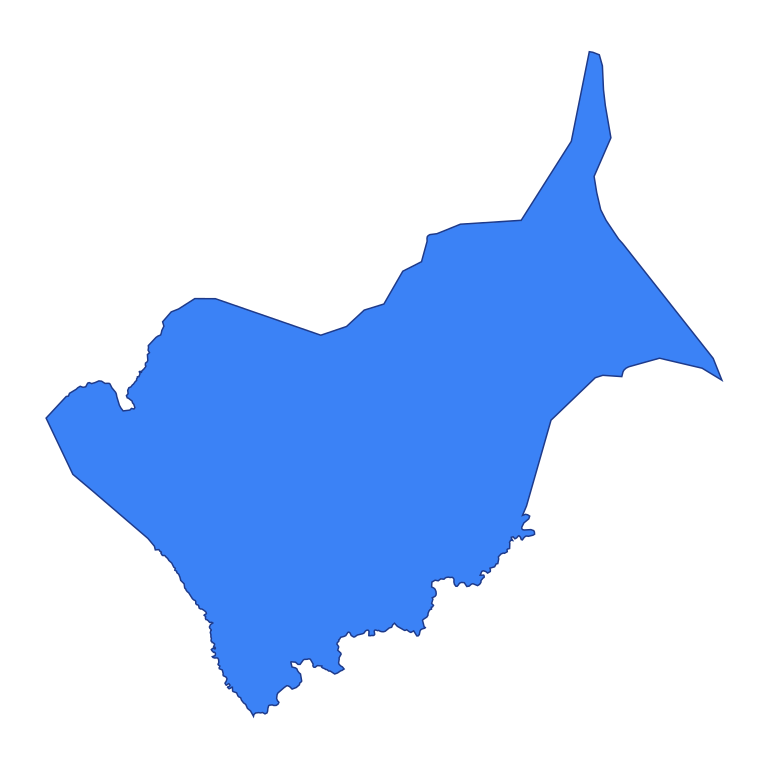 Santo Domingo Teojomulco, Oaxaca, Mexico (Mercator projection)
{"feature_id": "50627088B59545948667836", "entity_name": "Santo Domingo Teojomulco", "entity_type": "district", "adm_level": 2, "iso_a3": "MEX", "parent_name": "Mexico", "parent_adm1": "Oaxaca", "projection": "mercator", "projection_center": [-97.3, 16.59], "detail": "fine", "context": "isolated", "style": "filled", "palette": "blue", "viewbox_px": 768, "rotation_deg": 0, "n_neighbors": 0, "source": "geoboundaries", "source_scale": "gbopen_adm2", "svg_char_len": 6111}
<svg xmlns="http://www.w3.org/2000/svg" viewBox="0 0 768 768"><path d="M253.5,716.3L253.9,714.5L255.6,713.0L258.6,712.6L260.6,712.9L262.6,712.5L265.0,713.9L267.0,712.9L267.6,711.2L267.9,708.3L268.7,705.6L269.5,705.2L272.2,704.9L273.9,705.5L276.2,705.4L278.0,704.2L278.9,702.4L278.4,701.5L277.6,701.0L276.6,698.5L277.1,694.6L277.9,693.0L284.0,687.7L286.8,685.7L287.8,685.8L289.6,686.6L292.1,689.1L296.3,687.5L299.4,684.8L299.7,683.1L300.8,682.3L301.7,681.1L300.5,674.0L298.9,672.6L297.5,670.6L296.9,668.9L295.5,667.9L292.0,667.0L290.9,662.4L291.1,661.8L295.5,662.2L298.0,664.4L300.1,664.4L303.3,660.0L304.3,659.4L307.1,659.3L309.0,658.8L310.4,659.3L313.1,664.0L312.9,665.6L313.2,666.6L313.8,667.2L315.1,667.3L317.4,665.6L321.9,666.0L321.6,667.1L322.6,667.9L324.9,668.8L325.4,669.4L327.1,669.7L328.6,671.0L330.3,671.1L334.7,674.0L337.5,673.0L341.0,670.6L341.7,670.6L344.1,669.0L342.4,666.9L341.1,666.2L339.2,664.5L338.6,662.9L339.2,659.2L339.1,657.8L341.1,654.2L340.8,653.1L337.7,650.2L338.6,647.4L338.6,646.5L336.9,644.1L337.2,642.9L339.0,640.9L338.7,640.0L339.8,638.9L340.7,637.3L344.1,636.4L345.8,635.6L347.9,632.4L348.9,632.1L349.5,632.5L350.2,633.2L351.2,635.5L353.6,637.0L354.7,636.9L357.4,635.0L362.8,633.7L364.2,632.9L365.1,631.4L366.3,630.4L367.3,630.1L368.3,630.3L369.0,631.3L368.8,635.6L370.1,635.8L371.2,635.5L373.5,635.5L374.3,635.0L374.7,634.3L374.2,631.2L374.6,630.3L375.6,630.0L377.7,630.7L378.8,630.4L380.2,631.3L381.9,631.7L383.8,631.7L385.3,631.2L389.3,627.9L391.6,627.3L392.8,624.7L394.5,623.2L397.3,626.3L404.5,630.4L405.6,630.3L406.6,629.7L409.4,631.8L410.9,632.4L413.7,630.9L416.8,635.9L418.1,635.9L419.3,634.6L420.0,631.1L420.8,629.7L422.5,628.8L424.8,628.2L425.3,627.5L424.2,626.9L422.5,620.3L423.3,619.4L426.8,617.1L427.9,615.4L428.1,613.2L428.9,611.2L430.0,609.6L431.5,609.1L431.3,607.3L432.5,606.9L433.5,605.3L431.6,603.5L432.9,599.2L432.2,597.8L435.0,596.4L436.0,595.1L436.2,593.6L436.0,591.5L435.0,589.1L433.9,588.1L431.6,586.9L431.9,582.1L435.1,580.2L438.2,580.8L440.7,578.9L444.0,579.2L445.0,578.2L446.1,577.5L448.3,577.1L450.0,577.5L452.2,577.3L453.3,578.1L454.0,579.3L453.9,582.0L454.4,584.2L455.8,586.2L457.1,586.3L458.4,584.9L459.2,583.6L460.1,582.9L461.5,582.4L464.3,582.7L466.8,586.5L469.2,586.1L471.3,584.2L472.9,583.7L477.6,585.6L479.2,584.6L480.2,583.6L481.0,582.1L481.0,580.6L483.0,578.1L484.1,577.4L484.2,576.1L483.7,575.1L480.2,575.2L481.8,571.4L483.3,570.8L485.7,571.5L487.6,573.1L490.3,571.5L490.4,569.8L489.9,568.2L494.6,566.8L496.2,563.9L497.8,563.6L498.7,559.0L498.4,556.8L501.1,553.9L503.2,553.1L504.5,553.3L507.3,551.7L507.0,549.8L507.5,549.1L509.6,548.5L509.8,543.5L509.5,542.3L510.7,540.2L512.7,540.5L511.4,538.3L511.3,537.3L513.1,536.8L514.9,538.8L516.6,537.9L518.5,535.8L519.4,536.0L520.4,537.2L521.3,539.6L522.4,539.9L524.0,537.6L525.5,536.3L526.7,536.0L528.4,536.3L533.0,535.2L534.6,534.2L534.4,531.9L533.7,530.6L530.9,529.6L524.1,530.0L522.6,529.6L521.8,528.7L521.8,527.1L523.9,522.9L528.8,518.8L529.7,516.1L527.7,514.8L525.5,514.3L522.5,515.4L526.5,506.0L551.0,420.2L595.3,377.7L602.8,375.3L621.8,376.6L623.0,371.9L623.9,370.2L626.0,368.2L628.7,366.8L659.5,358.2L702.1,368.2L721.9,380.2L713.2,358.4L622.6,243.5L618.7,239.2L606.1,220.4L600.7,209.7L596.7,192.5L594.1,176.4L610.9,137.8L605.3,105.4L603.5,89.8L602.4,65.8L599.3,54.8L592.9,52.3L589.3,51.7L571.3,141.3L521.2,220.3L460.4,224.2L436.9,233.7L429.9,234.6L428.2,235.6L427.3,236.7L427.0,238.3L427.1,241.3L421.5,261.7L402.8,271.2L383.9,304.0L364.2,310.1L346.5,326.5L320.8,335.2L215.4,298.7L194.8,298.6L178.5,309.0L171.2,311.9L162.6,321.8L163.9,326.2L161.8,330.5L161.3,333.0L160.6,335.0L157.9,336.1L155.9,337.5L148.3,345.6L148.5,347.7L148.1,350.2L149.5,352.7L147.4,354.6L147.8,360.4L147.2,361.8L145.5,363.1L145.3,365.1L145.8,365.8L145.7,366.7L144.0,368.9L141.7,371.1L141.4,372.4L141.0,372.4L140.5,371.5L140.0,371.3L139.3,371.7L140.0,373.9L138.8,376.7L137.4,376.8L137.3,377.8L136.6,379.0L136.6,380.5L135.4,381.4L133.4,384.2L132.5,384.8L130.9,386.9L128.9,387.7L127.7,390.3L128.1,393.7L126.4,395.7L127.3,397.9L128.2,398.1L132.1,401.1L132.5,402.8L133.8,404.3L134.9,407.7L133.9,409.0L131.5,408.4L129.8,410.1L123.1,410.9L120.9,408.0L119.4,405.3L116.8,396.7L116.3,393.9L115.6,392.3L111.9,387.8L110.0,384.0L109.5,383.5L108.1,383.3L105.0,383.4L101.6,381.2L98.9,380.9L95.0,382.6L91.7,383.6L89.2,382.6L87.7,383.1L85.7,386.8L83.0,387.3L80.2,386.3L77.7,387.8L76.3,389.2L69.5,393.3L68.4,396.1L66.2,396.5L46.1,418.1L72.9,474.4L90.4,489.1L147.9,538.4L154.4,546.2L155.3,549.9L158.9,549.6L159.9,551.2L160.8,551.6L161.3,552.3L160.9,553.0L162.0,555.0L163.0,555.6L164.2,555.4L165.2,555.9L165.8,556.8L167.6,558.4L168.9,560.5L171.7,563.0L173.8,567.2L175.3,568.3L174.8,570.2L176.6,571.2L176.9,572.7L178.7,574.2L180.0,577.4L180.7,580.4L184.1,583.8L184.6,587.5L185.0,588.5L185.6,588.8L186.2,590.3L187.3,591.7L188.7,592.8L192.4,598.7L193.7,599.9L195.1,600.5L195.7,601.3L195.8,603.6L196.5,604.6L197.7,604.8L198.6,605.7L199.2,608.2L200.6,609.0L201.8,609.0L203.5,610.0L205.4,611.5L206.2,612.5L206.4,613.7L204.4,614.8L204.1,615.3L205.6,616.5L205.4,618.1L205.6,618.9L206.0,619.6L206.9,619.7L208.2,620.7L209.6,622.4L211.8,622.3L212.8,623.0L210.5,624.6L209.4,627.0L209.9,628.3L211.1,629.6L211.2,630.4L210.8,630.6L210.3,632.6L210.9,634.6L210.9,637.1L211.4,638.2L211.0,640.9L211.9,641.7L212.1,642.5L212.7,642.5L214.5,643.8L214.6,644.3L213.6,646.8L213.9,647.2L215.0,647.3L215.4,648.0L215.3,648.7L214.5,648.9L213.5,648.2L212.6,648.4L211.3,649.6L212.0,650.8L213.6,652.4L214.4,652.2L215.3,653.1L215.5,654.0L215.1,655.6L212.3,656.7L213.0,657.5L214.5,658.0L217.0,657.9L217.8,658.2L218.6,659.6L218.8,662.4L218.0,664.3L218.3,664.9L219.8,665.9L219.8,666.5L219.1,667.9L219.3,668.7L222.3,670.0L223.2,673.7L223.0,674.9L223.4,675.8L225.8,676.9L226.9,678.4L226.9,679.2L226.1,681.6L225.4,682.3L225.0,683.3L225.9,684.9L226.3,685.2L228.8,683.6L229.8,684.7L230.0,685.5L229.3,686.3L228.0,686.7L227.6,687.3L228.9,688.7L229.6,688.7L231.8,687.2L232.4,687.2L232.6,691.0L233.0,691.5L236.6,692.8L237.9,695.9L238.7,696.8L240.6,697.7L241.5,700.2L243.6,702.9L245.7,704.4L247.5,708.5L250.5,710.9L253.5,716.3Z" fill="#3b82f6" stroke="#1e3a8a" stroke-width="1.5"/></svg>